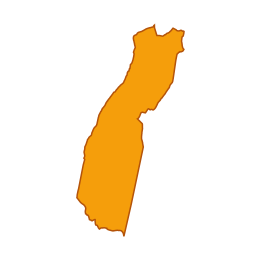 the district of Barva, Heredia, Costa Rica, rotated 192°
{"feature_id": "36466004B93518789602304", "entity_name": "Barva", "entity_type": "district", "adm_level": 2, "iso_a3": "CRI", "parent_name": "Costa Rica", "parent_adm1": "Heredia", "projection": "equal_earth", "projection_center": [-84.115, 10.073], "detail": "fine", "context": "isolated", "style": "filled", "palette": "amber", "viewbox_px": 256, "rotation_deg": 192, "n_neighbors": 0, "source": "geoboundaries", "source_scale": "gbopen_adm2", "svg_char_len": 5754}
<svg xmlns="http://www.w3.org/2000/svg" viewBox="0 0 256 256"><g transform="rotate(192 128 128)"><path d="M163.5,49.2L158.9,45.3L156.9,44.3L155.5,43.8L155.0,43.4L154.9,43.4L153.4,42.1L153.4,41.9L153.1,41.7L152.6,40.6L152.6,40.1L152.5,39.5L152.5,37.8L152.2,36.7L152.1,36.3L151.9,35.9L151.6,35.6L151.6,35.4L151.4,35.4L151.0,35.1L150.9,34.9L150.6,34.8L150.3,34.5L149.6,34.5L149.6,34.3L149.2,34.3L148.6,33.9L147.9,33.0L147.9,32.8L147.6,32.4L147.5,32.2L147.1,31.3L147.0,31.2L146.8,30.6L146.6,30.3L145.5,30.3L145.4,30.2L145.0,30.2L144.6,29.8L143.7,29.8L143.6,30.0L142.2,31.1L141.9,31.3L141.7,31.3L141.4,31.6L141.1,31.6L140.8,30.3L140.8,29.9L140.6,29.4L140.4,28.9L140.0,27.5L139.9,27.3L139.5,26.7L139.3,26.4L138.1,26.4L137.8,26.3L137.3,25.6L137.2,25.4L136.9,25.2L136.2,24.2L135.0,23.2L134.7,23.4L134.1,24.2L133.5,24.6L133.2,24.7L132.5,24.9L132.1,24.9L131.8,25.1L131.5,25.1L131.2,25.3L130.7,25.4L130.4,25.5L128.0,25.5L128.0,25.3L127.8,25.2L127.6,25.0L127.3,24.8L127.1,24.8L126.6,24.5L126.1,24.5L125.3,24.3L123.7,24.3L123.3,24.2L121.5,24.2L121.4,24.2L121.1,24.4L120.7,24.4L120.4,24.6L120.2,24.6L119.2,25.1L118.5,25.2L118.0,25.5L117.0,25.8L115.8,25.8L114.7,26.1L113.3,26.1L112.8,25.9L112.1,25.4L111.9,25.3L111.7,25.0L111.2,24.7L110.1,22.8L109.8,21.8L109.5,21.2L109.0,54.1L109.1,112.6L110.8,116.8L110.8,117.1L111.0,117.3L111.6,118.6L111.8,118.7L112.1,119.5L112.3,119.8L112.6,120.6L113.1,123.1L113.1,123.6L113.2,124.1L113.3,125.6L113.4,126.2L113.5,126.6L113.6,129.1L113.7,130.5L114.1,131.9L114.2,132.5L114.4,133.1L114.4,133.4L114.7,134.6L115.0,135.2L120.7,138.9L119.9,139.7L119.3,141.2L119.1,141.9L119.0,142.6L118.9,142.9L118.9,143.2L118.5,145.4L118.3,145.7L117.8,146.1L117.4,146.4L114.3,146.4L114.2,146.4L113.9,146.8L113.7,147.5L113.1,149.0L112.6,150.3L112.1,151.0L111.5,151.0L110.7,150.6L110.2,150.5L110.1,150.4L109.6,150.7L109.3,151.0L108.6,151.1L108.2,151.1L107.8,150.9L107.1,150.9L106.4,151.6L105.9,152.3L105.3,153.5L105.1,154.1L104.5,156.3L104.5,156.6L104.4,156.8L104.3,157.3L104.0,158.7L103.7,159.4L103.2,160.4L102.7,161.1L102.4,161.9L102.2,162.0L101.9,163.2L101.5,164.0L101.2,164.2L100.8,165.0L100.5,165.8L100.2,166.4L99.6,167.7L98.8,169.2L98.4,170.6L97.3,173.3L97.2,173.5L97.1,173.8L96.5,175.1L96.3,175.4L96.2,175.9L96.1,176.0L96.0,176.3L95.9,177.5L95.9,178.2L95.7,178.7L95.6,179.1L95.5,179.3L95.4,179.4L94.8,180.6L94.6,180.9L94.2,181.7L94.1,182.2L94.0,182.9L94.1,185.8L95.3,204.2L95.4,210.4L94.8,211.2L94.2,212.3L93.8,212.7L93.4,212.9L93.2,213.4L92.5,213.4L91.8,213.6L90.5,214.5L90.3,214.8L90.0,215.4L89.7,216.6L90.2,216.8L90.6,217.2L91.3,218.1L92.3,220.3L92.5,221.2L92.9,222.1L93.1,222.7L93.5,223.4L93.7,224.4L93.8,224.9L93.9,226.3L94.0,227.0L94.0,227.8L93.9,228.6L93.7,228.9L93.2,229.3L93.1,230.0L93.1,232.4L93.2,233.0L93.2,233.7L93.3,234.1L93.5,234.2L93.7,234.3L94.3,234.3L94.6,234.1L95.0,234.0L95.8,234.6L96.1,234.6L96.4,234.5L96.8,234.5L97.2,234.3L97.5,233.9L98.5,233.5L99.0,233.4L100.0,233.4L100.8,233.6L101.4,234.1L102.0,234.3L102.6,234.4L104.7,235.0L105.0,234.5L105.4,233.7L105.8,232.9L105.8,232.7L106.0,232.5L106.5,231.6L107.0,231.1L107.2,230.6L107.5,230.2L108.3,229.4L109.6,228.7L110.2,228.0L110.5,227.4L110.8,227.1L111.3,226.8L111.6,226.7L112.1,226.0L112.8,225.3L113.4,225.0L113.9,225.0L116.4,225.0L116.8,224.9L119.0,224.5L122.9,231.5L123.5,234.0L123.8,233.5L124.0,233.5L124.0,233.4L124.3,232.7L124.4,232.3L124.7,231.9L126.0,231.4L127.1,230.7L127.4,230.7L128.2,230.2L128.8,230.0L129.0,229.8L129.6,229.5L130.5,228.9L130.9,228.6L131.1,228.5L131.6,228.0L131.8,227.8L132.0,227.6L134.7,225.3L137.7,223.7L138.6,222.6L138.7,222.2L138.8,222.0L138.8,221.8L139.2,221.0L140.2,220.4L141.2,219.6L141.6,218.2L141.5,217.9L141.5,217.1L141.4,216.8L141.3,216.6L141.2,216.2L141.1,215.9L140.9,215.5L140.7,214.9L140.2,214.3L140.2,214.1L139.9,213.3L139.7,213.0L139.4,212.4L139.4,212.2L139.2,212.0L138.8,210.7L138.4,210.2L138.4,209.9L137.9,209.0L137.6,208.1L138.1,205.9L138.3,204.2L138.4,203.3L138.3,203.0L137.7,202.3L137.4,201.3L137.4,200.4L137.3,199.7L137.3,195.7L137.4,195.1L137.5,193.8L137.7,192.5L138.2,191.4L138.8,190.5L138.7,189.4L138.6,188.7L138.6,187.7L138.5,187.3L138.5,186.7L138.6,186.4L138.9,186.3L139.0,184.0L139.1,183.7L139.5,183.6L139.7,183.4L139.9,182.7L140.1,182.2L140.0,179.4L140.2,179.0L140.5,178.5L140.7,177.6L140.7,177.1L140.9,176.0L141.0,174.9L141.5,173.3L141.5,172.8L141.9,171.4L142.2,170.7L144.4,168.1L144.8,167.1L145.1,166.8L145.6,166.1L145.9,165.6L146.5,164.1L146.7,163.8L147.1,163.4L147.3,162.9L147.7,161.8L148.1,160.8L148.5,160.4L149.4,159.9L149.8,158.7L151.4,155.2L151.6,155.0L151.8,154.2L152.0,153.9L152.3,153.1L152.6,152.7L153.2,151.6L153.3,151.1L153.6,150.5L153.6,150.3L153.8,150.2L153.8,149.9L154.0,149.5L154.1,149.4L154.3,148.9L154.6,148.4L154.7,147.5L154.9,146.9L154.9,146.7L155.0,146.6L155.0,146.3L155.2,145.5L155.2,145.3L155.6,144.5L155.9,144.0L156.3,143.0L157.0,142.0L157.0,141.8L157.1,141.7L157.1,141.4L157.3,141.1L157.4,140.3L157.5,139.9L157.6,139.2L157.8,138.6L158.0,138.5L158.2,137.8L158.3,137.5L158.5,136.5L158.7,136.1L158.7,135.7L158.9,135.3L158.9,135.1L159.0,134.9L159.0,134.5L159.1,134.3L159.1,132.6L159.2,132.2L159.2,128.2L159.2,127.7L159.2,125.1L159.3,125.0L159.3,124.3L160.0,122.7L160.9,121.6L161.5,119.8L161.8,118.4L161.9,117.5L162.0,117.0L162.2,116.4L162.2,116.0L162.3,115.7L162.3,113.9L162.4,113.3L162.5,113.0L162.8,112.7L164.0,111.1L164.3,110.5L164.4,109.8L164.6,109.3L165.0,108.7L165.2,108.1L165.2,106.8L165.4,105.7L165.6,103.3L165.8,102.5L166.2,100.7L166.3,100.4L166.0,99.3L166.0,98.3L165.9,97.6L165.9,97.2L166.0,97.0L166.0,95.8L165.8,94.7L165.6,94.4L165.3,93.7L164.8,92.5L164.6,92.1L164.5,91.5L164.5,90.7L164.8,89.7L164.8,89.2L164.5,88.9L164.1,88.7L163.9,88.5L163.8,88.2L164.1,82.7L163.7,59.1L163.7,57.5L163.8,57.1L163.8,52.1L163.5,49.9L163.5,49.2Z" fill="#f59e0b" stroke="#b45309" stroke-width="1.5"/></g></svg>